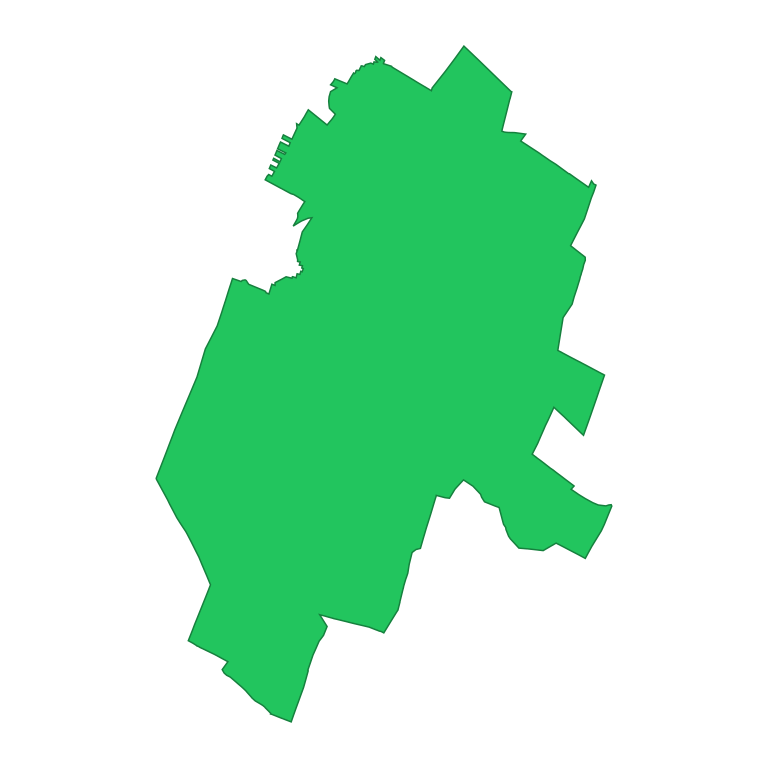 Temascalapa, México, Mexico (Natural Earth projection)
{"feature_id": "50627088B1319644746594", "entity_name": "Temascalapa", "entity_type": "district", "adm_level": 2, "iso_a3": "MEX", "parent_name": "Mexico", "parent_adm1": "México", "projection": "natural_earth1", "projection_center": [-98.879, 19.816], "detail": "fine", "context": "isolated", "style": "filled", "palette": "green", "viewbox_px": 768, "rotation_deg": 0, "n_neighbors": 0, "source": "geoboundaries", "source_scale": "gbopen_adm2", "svg_char_len": 5709}
<svg xmlns="http://www.w3.org/2000/svg" viewBox="0 0 768 768"><path d="M174.9,429.6L172.3,436.5L169.6,443.5L167.0,450.4L163.0,460.8L158.9,471.3L156.2,478.3L156.5,479.4L162.1,489.7L167.7,500.0L169.6,504.0L173.2,510.8L176.8,517.7L180.2,523.1L182.7,526.9L185.7,531.4L187.1,533.9L191.3,542.0L195.8,551.0L198.9,557.1L202.0,564.6L206.7,575.6L210.5,584.8L207.7,592.0L205.1,598.5L201.2,608.2L197.3,617.9L194.7,624.3L192.2,630.9L188.3,640.7L192.9,643.2L195.9,645.1L196.3,645.4L196.8,645.9L197.7,646.2L198.5,646.5L200.1,647.5L208.9,651.7L214.7,654.5L222.6,658.8L227.9,661.7L222.2,669.6L224.2,673.1L226.7,675.3L230.1,677.0L230.6,677.4L233.9,680.2L237.9,683.7L241.1,686.4L243.5,688.6L245.7,690.7L247.5,692.8L250.8,696.5L252.2,698.2L255.2,700.9L261.0,704.3L263.0,705.6L264.9,707.2L265.2,707.7L267.7,710.2L270.7,713.3L270.5,714.0L271.7,714.3L281.5,718.2L291.2,721.9L293.7,714.7L296.2,707.7L298.3,702.0L300.9,694.8L303.5,687.7L305.4,681.0L308.2,670.8L307.8,670.3L310.4,662.7L313.0,655.0L316.1,648.1L319.1,641.2L323.5,635.4L327.1,626.5L323.4,620.6L319.7,614.7L322.7,615.5L324.3,615.9L325.7,616.3L328.5,617.1L332.9,618.3L333.7,618.6L334.6,618.8L337.3,619.4L347.1,621.8L349.0,622.3L353.8,623.5L362.8,625.6L369.1,627.1L375.2,629.5L378.4,630.7L379.0,631.0L381.1,631.5L383.8,632.9L387.6,626.7L391.4,620.5L397.1,611.3L397.9,610.2L399.9,602.3L399.8,602.2L401.7,594.4L402.6,590.7L403.4,587.7L403.7,586.1L406.0,578.3L406.2,578.0L407.8,573.2L409.2,564.3L412.1,552.5L416.0,549.5L420.4,548.4L423.5,537.6L425.1,532.2L426.2,528.4L429.9,516.7L431.1,512.8L435.1,499.4L436.3,495.7L436.3,495.4L444.7,497.6L445.8,497.8L449.5,498.2L450.4,496.7L452.3,493.6L454.1,490.6L454.9,489.3L456.2,487.8L458.5,485.3L461.0,482.6L463.5,479.9L465.8,481.4L472.1,485.6L472.6,485.9L473.1,486.3L475.8,489.2L476.0,489.4L480.6,494.3L481.6,497.2L484.5,501.8L491.5,504.6L495.0,506.0L499.1,507.5L500.8,513.9L503.0,522.3L503.6,524.4L505.7,527.5L506.0,529.6L508.6,536.2L510.4,538.9L513.3,542.0L518.9,548.1L526.9,548.8L527.4,548.8L533.7,549.5L543.2,550.6L549.7,546.8L556.1,543.1L557.0,543.6L563.1,546.7L569.2,549.9L578.8,554.9L585.3,558.4L588.5,552.4L591.8,546.4L597.5,537.1L601.3,530.9L604.3,524.5L608.2,514.9L611.8,506.1L611.2,504.7L608.7,505.0L605.9,505.9L598.3,505.0L592.8,502.7L585.3,498.6L578.8,494.6L571.1,489.3L574.1,486.0L573.9,485.8L571.6,484.1L569.0,482.1L566.3,480.1L563.4,477.9L559.5,474.9L559.3,474.8L555.6,472.0L553.1,470.0L550.4,468.2L546.3,465.0L540.5,460.5L537.6,458.4L532.2,454.2L537.7,443.4L540.6,436.6L543.6,429.8L545.3,425.8L547.9,420.5L550.7,414.4L553.9,407.3L560.9,413.8L564.3,416.9L566.0,418.6L568.2,420.7L573.0,425.3L575.5,427.7L580.8,432.8L583.5,435.3L587.7,423.6L590.4,416.0L594.1,405.3L596.6,398.1L599.0,391.0L600.0,388.1L600.2,387.4L600.5,386.7L604.5,375.1L598.6,372.0L592.8,368.9L587.0,365.8L581.1,362.7L575.3,359.7L569.4,356.6L563.6,353.5L557.8,350.4L560.4,334.2L563.1,317.6L567.6,310.9L572.1,304.2L572.4,303.2L574.1,297.0L577.1,287.9L578.5,283.2L579.7,279.4L580.3,276.7L581.1,274.5L581.3,273.7L581.5,272.8L582.7,269.2L583.7,264.6L585.3,260.3L585.2,257.2L576.4,250.3L570.6,245.7L574.3,238.4L578.0,231.2L581.2,225.1L584.4,218.9L587.6,209.3L591.3,198.0L593.7,192.0L596.0,185.1L593.7,184.0L591.5,180.8L588.6,187.3L576.2,178.6L569.5,173.8L568.5,173.6L556.0,164.4L552.5,162.2L549.3,160.2L549.1,160.0L546.5,158.2L542.0,155.1L539.1,153.0L520.7,141.0L525.7,134.1L514.6,132.6L508.9,132.5L507.0,132.4L504.5,132.1L501.9,131.2L502.0,130.3L503.4,124.6L506.6,112.0L507.8,107.2L509.8,99.2L510.0,98.9L511.8,91.8L511.0,91.5L478.6,60.1L463.9,46.1L454.8,58.7L445.6,71.0L432.2,87.9L431.4,90.7L430.7,90.3L416.2,81.7L414.0,80.3L392.2,67.2L391.6,66.3L390.1,65.8L383.5,63.7L383.4,63.5L384.6,60.4L380.9,57.6L379.9,60.2L375.8,56.6L374.8,59.3L377.6,62.0L377.3,62.1L377.2,62.3L374.0,61.9L373.4,64.1L370.8,63.1L365.5,64.6L364.3,66.6L362.1,65.9L361.2,65.9L360.9,66.8L360.5,67.4L360.1,68.2L359.8,68.9L359.5,69.6L359.2,70.4L358.7,70.6L358.4,70.6L358.0,70.3L357.7,70.4L356.6,70.3L356.1,70.7L355.8,71.4L355.8,72.0L355.2,73.1L354.4,73.6L353.6,73.0L351.3,76.7L348.5,81.6L347.1,83.9L334.8,78.8L334.2,80.1L333.3,81.6L332.0,83.2L330.6,84.8L337.0,87.8L331.0,91.4L330.6,91.6L329.3,96.1L329.1,96.9L328.7,101.1L329.1,105.9L329.5,108.4L335.3,114.2L333.8,116.6L331.6,119.6L329.8,121.7L327.1,125.0L308.3,109.8L306.3,113.2L304.4,116.7L299.0,125.1L296.6,123.7L296.9,126.7L297.0,128.2L291.9,139.2L283.4,134.9L282.7,136.5L282.0,138.4L290.2,142.7L288.8,146.2L280.5,142.0L279.9,143.3L278.3,147.1L277.6,148.8L285.8,152.9L284.7,154.4L276.9,150.5L276.4,151.8L275.7,153.5L275.0,155.1L281.4,158.6L280.0,161.8L273.7,158.3L272.9,160.1L279.2,163.4L276.6,167.9L270.8,165.0L270.0,166.9L269.3,168.6L274.5,171.4L272.3,175.4L271.8,176.2L268.7,174.5L267.1,176.2L265.2,179.8L267.2,180.9L289.1,192.7L291.0,193.7L293.7,194.5L298.8,197.5L304.3,201.3L304.8,201.6L302.9,204.5L299.3,210.4L297.6,213.3L297.8,214.9L297.8,216.7L297.4,218.6L296.3,220.7L293.2,226.1L294.7,225.1L296.3,224.1L299.1,222.4L301.7,220.9L308.2,218.2L311.9,217.7L307.0,225.2L302.3,231.9L301.1,236.5L300.0,240.8L297.4,250.4L296.9,250.2L296.9,251.6L296.2,253.7L297.0,257.0L297.7,260.0L297.5,261.3L297.9,261.6L299.4,261.9L300.2,262.0L299.3,265.1L302.4,265.7L301.8,268.0L303.3,268.6L302.1,271.8L300.8,271.3L299.9,274.4L297.1,273.8L296.1,277.8L292.8,276.7L292.4,276.7L292.0,278.2L286.1,276.8L281.5,279.3L275.1,282.6L275.0,285.4L271.9,284.2L268.9,294.0L266.0,292.7L265.5,291.4L263.0,290.2L248.7,284.3L247.3,282.2L246.2,280.5L245.1,279.9L242.3,280.4L241.1,281.5L240.3,281.2L232.5,278.5L230.7,284.2L229.8,286.9L228.1,292.2L227.3,294.8L225.8,299.6L225.4,301.0L224.7,302.9L224.5,303.7L223.3,307.3L221.9,311.8L217.2,325.9L207.5,344.8L205.4,348.8L197.0,377.0L189.1,395.8L182.0,412.6L174.9,429.6Z" fill="#22c55e" stroke="#15803d" stroke-width="1.5"/></svg>